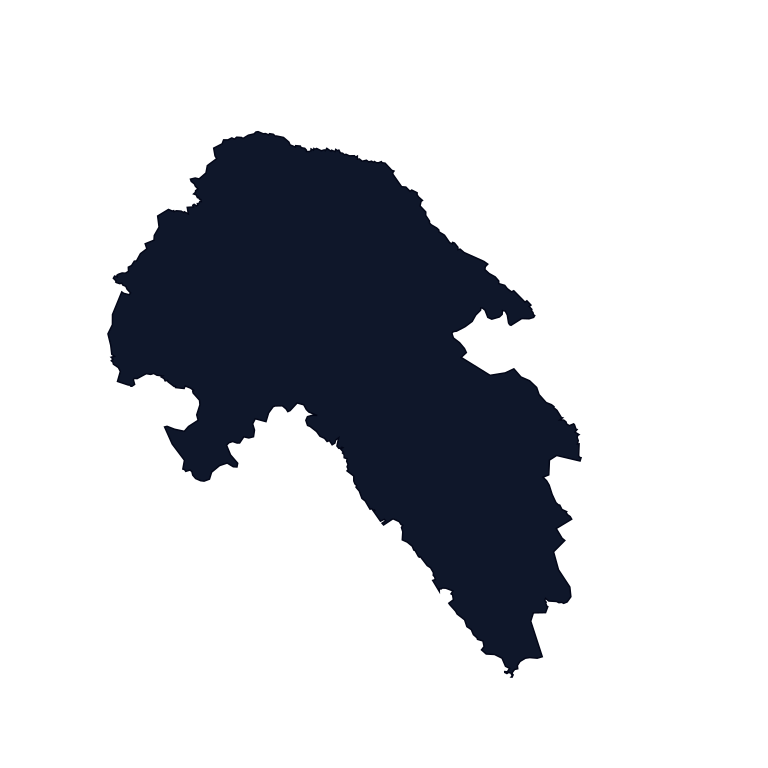 outline of Apatzingán, Michoacán, Mexico, rotated 124°
{"feature_id": "50627088B48290747904109", "entity_name": "Apatzingán", "entity_type": "district", "adm_level": 2, "iso_a3": "MEX", "parent_name": "Mexico", "parent_adm1": "Michoacán", "projection": "equal_earth", "projection_center": [-102.377, 18.969], "detail": "fine", "context": "isolated", "style": "filled", "palette": "ink", "viewbox_px": 768, "rotation_deg": 124, "n_neighbors": 0, "source": "geoboundaries", "source_scale": "gbopen_adm2", "svg_char_len": 6171}
<svg xmlns="http://www.w3.org/2000/svg" viewBox="0 0 768 768"><g transform="rotate(124 384 384)"><path d="M542.3,541.9L552.2,526.0L558.8,506.8L567.0,503.2L566.5,501.4L567.3,499.5L563.7,496.6L564.2,494.1L566.5,491.6L567.7,487.3L566.7,481.9L565.1,478.8L560.5,475.5L553.5,477.6L543.6,474.7L537.2,469.8L536.9,462.7L535.0,459.5L531.5,461.0L528.6,471.6L522.8,480.3L519.4,479.7L516.3,477.3L515.1,472.8L513.6,470.7L506.2,470.7L504.3,465.9L500.7,462.7L494.6,465.6L490.5,470.6L484.8,471.3L481.2,460.8L472.5,463.5L464.8,463.2L463.0,461.9L458.9,456.1L459.4,451.3L460.7,448.3L458.6,447.0L448.3,445.4L446.1,438.9L448.6,434.1L449.3,430.7L447.4,421.7L450.0,425.9L453.9,429.2L457.8,428.5L461.1,424.2L460.5,421.5L461.1,413.3L463.1,407.9L462.3,402.9L463.5,399.0L461.4,397.6L463.4,393.0L460.5,391.7L457.4,392.7L453.9,391.5L461.7,388.4L462.6,385.5L461.1,383.5L460.0,383.5L459.8,382.4L462.2,383.4L463.2,379.6L464.4,379.8L464.7,377.7L467.4,375.8L466.6,372.7L469.0,371.7L470.7,368.9L473.3,368.3L474.7,365.9L476.7,366.1L477.2,357.6L481.3,354.8L483.1,352.2L483.4,349.9L485.2,349.5L486.6,344.6L491.2,338.3L491.5,334.1L495.6,325.6L494.2,324.5L494.9,322.7L493.7,321.6L494.0,320.7L495.3,321.6L499.7,310.2L496.0,308.1L496.5,306.1L500.5,307.8L501.1,305.5L490.7,301.2L489.6,294.4L490.9,291.4L490.7,289.4L493.2,289.3L496.0,285.8L503.0,281.7L502.1,276.4L502.7,269.9L505.0,266.4L504.7,265.0L507.8,258.9L507.8,257.8L506.8,257.3L510.4,246.6L510.3,242.6L512.8,237.5L515.1,236.2L515.5,234.3L517.4,232.1L519.6,233.8L525.0,222.2L522.9,223.7L522.1,222.1L520.5,221.5L518.7,218.5L517.0,211.1L520.5,211.1L520.4,209.3L524.1,205.8L529.5,207.7L530.1,206.3L532.3,197.6L533.8,194.7L534.4,185.3L538.8,179.6L538.8,174.3L541.8,169.7L542.4,165.0L543.4,163.7L541.7,158.3L545.7,154.2L549.9,154.5L550.7,148.3L546.4,141.1L545.3,132.8L550.1,125.4L549.5,120.9L553.6,120.8L554.9,123.1L555.6,122.6L555.3,120.2L553.5,119.4L552.7,117.2L554.3,114.4L555.8,114.7L555.4,113.9L552.9,114.3L552.5,115.9L551.0,116.3L547.6,116.1L545.3,113.9L542.8,116.0L538.0,116.1L532.3,113.5L529.3,110.2L525.6,103.6L521.6,100.3L498.6,129.7L490.2,132.2L483.2,122.2L477.0,123.7L477.2,124.7L475.2,127.5L474.2,127.5L473.5,129.8L471.4,130.2L471.8,126.1L467.8,119.3L467.5,116.7L465.6,114.5L465.4,112.4L462.3,110.3L455.9,110.1L448.4,116.4L440.4,135.5L428.3,149.6L412.6,146.6L412.3,150.1L407.5,160.4L391.1,152.8L389.8,155.5L389.7,158.9L388.4,161.5L387.7,161.3L388.5,166.3L386.1,170.6L386.7,171.9L386.2,175.1L381.5,182.9L375.5,190.5L373.3,195.1L372.4,200.1L367.2,196.6L354.6,204.3L346.7,200.9L338.2,178.4L334.9,179.4L335.5,181.0L334.5,182.6L324.5,188.8L325.7,190.1L322.3,191.3L320.5,193.8L318.4,194.7L316.9,194.0L317.1,198.8L313.8,198.5L314.1,199.6L311.3,203.3L311.0,204.5L314.9,207.1L315.0,210.2L313.6,212.0L313.4,214.8L315.5,218.2L312.2,217.0L312.6,218.2L309.1,225.9L308.7,230.2L307.7,230.4L307.5,233.6L308.7,239.2L306.1,249.5L301.5,255.5L299.9,265.1L301.6,274.4L298.8,284.8L307.0,289.7L317.5,300.9L318.8,334.9L311.9,333.3L309.6,337.1L307.5,344.4L307.0,352.2L304.1,356.0L301.9,355.9L299.6,353.4L291.1,348.8L282.8,345.9L275.5,346.5L268.8,345.2L266.8,346.3L266.0,344.8L266.3,341.5L270.7,335.2L270.0,330.9L263.9,325.8L260.2,325.0L256.9,326.9L255.7,324.3L257.9,320.3L263.7,314.9L264.6,313.0L264.3,311.5L252.7,306.4L248.8,300.2L245.1,297.2L243.0,297.3L243.0,298.9L241.4,300.5L241.0,302.4L239.4,303.2L238.6,307.0L236.4,306.3L235.1,312.1L237.3,312.9L234.1,328.6L236.3,329.8L236.0,335.2L234.7,339.1L236.6,345.0L234.4,346.5L233.0,351.7L233.6,358.6L232.7,364.4L230.1,365.6L226.6,365.0L226.5,369.7L230.2,391.1L229.6,396.3L231.3,397.9L229.3,399.2L227.7,404.4L228.2,406.2L229.4,405.7L230.2,408.4L226.8,417.1L227.1,423.5L225.6,424.8L225.2,427.5L225.6,433.9L225.1,436.3L223.5,437.4L220.9,443.7L218.0,445.6L216.2,453.7L211.9,455.4L210.3,454.8L209.6,460.1L208.6,462.4L206.9,463.5L207.7,469.5L209.7,470.2L208.5,476.0L210.6,479.7L205.2,493.8L204.0,494.9L201.9,494.8L202.5,497.1L200.3,506.6L201.7,509.4L201.1,510.5L203.7,512.3L204.8,514.1L204.9,516.4L206.3,516.8L206.2,518.9L208.4,520.9L208.3,523.7L211.5,526.6L211.2,530.2L212.5,531.8L210.0,533.5L211.7,534.3L211.3,536.2L214.2,540.3L214.8,543.9L216.2,545.3L215.8,547.3L216.8,549.4L215.3,552.2L216.6,553.2L216.5,555.2L218.8,554.6L219.5,558.2L220.7,558.2L220.6,563.2L223.5,563.2L223.3,564.4L225.7,566.4L226.4,571.6L228.1,572.6L228.0,573.8L229.6,573.3L229.9,575.9L231.4,575.0L233.0,575.8L234.6,578.3L233.5,579.2L232.9,581.5L234.4,584.8L233.5,586.4L235.8,590.5L237.1,589.9L238.3,595.6L236.6,598.2L235.8,605.2L238.5,611.8L239.3,612.2L238.9,615.5L240.5,618.9L242.0,618.9L242.6,622.2L244.1,624.1L245.2,629.5L246.7,631.1L249.3,631.6L253.6,635.6L259.3,638.2L259.3,640.0L261.8,644.2L264.6,644.9L265.1,647.8L268.9,649.9L271.3,653.5L275.4,652.5L283.7,657.1L289.4,651.6L290.7,648.7L301.7,652.6L308.6,649.6L317.4,652.0L318.8,655.7L322.4,659.0L323.9,657.0L324.1,653.2L325.5,651.0L326.3,647.3L329.1,648.3L330.6,647.5L332.9,648.1L332.2,645.5L333.8,642.9L333.0,642.4L333.9,640.4L333.5,639.0L334.9,637.5L335.6,638.7L338.0,638.4L338.8,639.6L339.9,638.4L341.2,638.9L341.2,641.9L342.8,642.5L343.8,641.0L347.6,645.9L352.4,641.3L352.9,645.9L354.0,645.9L354.1,648.8L356.5,653.0L358.5,654.4L357.9,655.3L359.0,656.2L359.8,660.3L371.3,665.6L379.7,658.2L389.3,657.5L393.4,655.1L401.3,660.4L404.5,656.2L412.1,658.8L420.4,658.0L421.8,659.7L427.0,659.5L430.1,661.3L433.5,658.8L436.8,660.4L438.4,663.2L441.6,665.6L443.2,666.2L444.3,665.0L445.2,667.7L447.7,667.5L448.4,663.7L449.5,663.4L449.5,662.4L448.6,659.2L447.0,657.7L448.0,655.9L447.4,652.7L449.1,649.9L450.2,645.0L452.5,645.2L454.4,650.5L454.3,652.9L478.3,647.9L486.7,642.3L496.8,640.9L504.7,632.2L511.6,626.3L511.8,622.9L514.4,625.2L514.9,622.6L517.2,623.1L517.4,621.0L518.9,619.4L518.9,613.4L521.0,609.6L530.9,606.4L527.8,595.3L527.0,594.9L527.4,592.6L526.8,591.7L523.8,590.5L520.6,594.2L519.1,594.3L517.6,591.7L508.4,586.9L506.5,582.8L504.0,580.8L503.7,577.1L501.0,572.0L502.7,572.6L502.5,569.3L503.8,567.2L502.1,565.4L502.9,564.4L503.4,556.6L502.5,555.6L503.5,554.8L499.5,547.2L496.8,547.7L495.6,542.1L495.7,538.3L496.8,538.7L498.2,537.2L500.6,527.9L504.1,525.0L514.3,522.0L518.0,517.8L528.5,522.3L534.9,523.1L538.6,532.3L540.4,540.2L542.3,541.9Z" fill="#0f172a" stroke="#020617" stroke-width="1.5"/></g></svg>